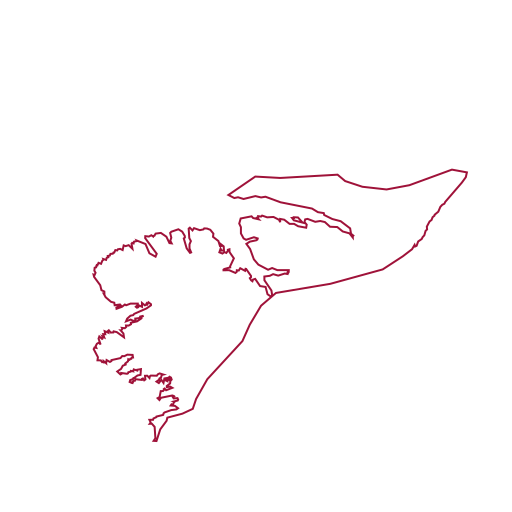 Gamvik nor, Finnmark, Norway, rotated 223°
{"feature_id": "86288312B53598341368845", "entity_name": "Gamvik nor", "entity_type": "district", "adm_level": 2, "iso_a3": "NOR", "parent_name": "Norway", "parent_adm1": "Finnmark", "projection": "albers", "projection_center": [28.071, 70.766], "detail": "fine", "context": "isolated", "style": "outline", "palette": "rose", "viewbox_px": 512, "rotation_deg": 223, "n_neighbors": 0, "source": "geoboundaries", "source_scale": "gbopen_adm2", "svg_char_len": 6013}
<svg xmlns="http://www.w3.org/2000/svg" viewBox="0 0 512 512"><g transform="rotate(223 256 256)"><path d="M158.8,461.0L171.6,452.8L192.1,412.4L205.9,393.7L225.4,379.2L241.9,371.6L251.8,371.1L291.5,329.6L310.7,313.6L317.8,281.8L311.4,283.6L309.2,286.7L304.0,289.2L297.3,299.4L292.2,302.3L289.5,305.8L274.7,312.0L247.4,328.9L240.6,330.3L235.7,333.6L234.1,332.5L225.4,335.1L217.8,339.2L206.0,340.4L201.7,337.1L198.7,337.3L198.7,337.1L199.1,337.0L199.2,336.9L197.8,335.5L203.1,336.3L209.3,333.1L216.3,332.6L221.8,327.9L228.8,327.8L232.9,325.4L236.0,321.4L243.6,318.3L245.0,316.3L243.7,313.9L240.3,313.5L238.6,310.9L245.5,306.5L250.0,305.5L253.4,302.4L260.1,301.8L263.6,299.6L261.4,297.2L263.8,298.2L269.8,296.5L274.2,291.9L279.1,289.7L279.2,288.3L281.6,286.6L280.9,285.9L281.4,284.9L279.0,284.7L284.0,281.8L286.3,282.0L292.8,273.0L290.4,268.3L286.7,266.8L282.4,262.2L277.0,260.4L274.3,261.1L270.3,268.3L266.7,270.0L266.2,269.0L266.5,267.7L270.3,262.3L271.3,258.3L265.1,257.1L255.3,252.1L248.4,251.3L237.8,254.2L236.0,258.2L230.8,260.2L222.4,268.0L221.1,266.5L220.9,265.5L221.4,265.5L221.0,264.9L221.5,264.9L221.1,264.0L223.0,262.8L226.4,256.8L231.1,254.4L232.4,250.9L235.9,246.7L233.3,244.0L221.2,241.3L217.4,238.3L217.4,236.5L221.5,235.9L227.9,239.9L232.5,236.8L241.0,238.7L242.1,236.7L241.4,235.1L243.0,234.9L245.4,235.6L245.2,237.1L246.0,238.0L254.4,239.8L254.9,239.5L253.9,237.7L259.2,236.3L258.7,233.6L260.3,232.5L259.3,231.3L259.5,229.6L266.0,227.3L270.0,223.4L270.5,223.9L270.3,224.9L267.1,230.1L267.9,230.8L270.6,239.2L278.0,240.8L280.0,242.8L280.8,241.4L280.2,241.0L279.8,238.0L281.8,237.3L282.2,234.9L285.3,233.7L286.9,237.2L284.9,236.5L283.2,238.2L286.2,241.0L289.6,240.7L288.1,239.8L289.1,238.7L293.7,241.3L300.5,240.7L302.4,243.3L307.3,244.0L310.5,242.7L312.7,240.9L312.6,239.6L314.7,236.6L320.3,234.1L319.9,231.4L323.7,231.6L323.9,230.1L317.0,223.6L313.8,222.5L312.6,219.2L309.8,216.2L305.9,214.4L306.4,213.3L311.9,214.3L320.8,219.6L320.6,221.0L321.8,222.1L326.6,223.5L331.0,222.6L334.5,216.0L334.5,214.3L330.4,211.6L329.1,208.7L326.3,207.7L328.1,206.4L334.7,209.0L341.3,208.0L344.7,203.9L344.1,201.5L344.8,200.7L344.5,200.1L346.7,199.8L347.6,197.2L350.5,195.0L349.3,193.5L330.1,189.9L329.0,187.0L335.8,185.3L345.0,189.4L353.5,186.1L353.1,186.0L355.0,183.3L354.1,181.7L355.5,181.2L355.4,180.1L351.3,177.0L356.5,177.1L358.1,174.3L360.0,173.5L357.6,169.4L360.2,168.6L361.6,166.7L361.3,165.4L362.9,164.4L362.0,161.8L362.6,161.3L362.3,160.0L363.9,158.3L363.2,156.6L364.4,155.0L363.2,154.3L364.0,153.0L363.0,150.9L365.5,149.7L365.0,149.5L365.2,147.8L364.0,144.6L366.5,143.6L365.9,141.9L366.3,141.1L365.6,140.7L366.0,139.8L365.2,138.7L366.0,137.4L364.2,135.0L361.9,134.3L361.1,132.0L362.1,131.6L360.1,130.3L350.0,128.4L345.7,125.6L342.7,126.6L341.1,125.0L341.7,124.6L337.8,123.3L330.8,123.6L327.8,125.2L325.8,123.6L322.4,127.8L321.3,127.7L323.0,123.1L322.0,122.3L319.4,127.4L318.8,131.1L317.4,131.4L315.3,135.6L310.0,140.6L309.1,139.8L309.3,136.9L307.8,137.0L307.2,138.2L307.5,140.2L304.7,141.1L307.4,143.9L303.6,144.1L303.0,145.4L303.6,146.2L303.7,146.9L302.5,146.7L303.1,148.8L299.9,149.1L299.2,148.3L300.3,143.0L305.6,130.7L305.5,129.0L307.1,126.7L307.5,122.3L306.5,119.6L304.3,124.0L301.2,125.0L300.4,127.0L301.6,127.9L298.3,131.8L299.0,131.9L298.9,132.4L298.9,132.6L298.6,132.8L298.6,133.1L299.0,132.6L299.0,132.1L299.4,132.7L297.5,135.6L298.3,132.3L297.3,132.1L298.4,127.1L302.0,121.8L300.9,120.8L301.7,118.2L303.7,116.5L302.5,115.5L302.7,113.7L305.0,112.0L304.1,111.7L303.8,109.6L304.2,109.3L300.1,108.9L297.1,106.5L305.9,105.4L308.7,103.8L308.2,102.8L310.1,100.9L313.0,101.3L313.2,99.8L311.9,99.1L315.4,97.8L312.9,96.0L314.5,94.6L311.5,93.0L313.2,92.5L312.2,92.2L313.0,91.1L311.2,90.4L315.7,90.3L314.8,88.2L309.3,85.3L311.8,85.6L312.5,83.3L311.8,80.7L310.1,79.9L311.7,78.9L311.2,77.2L302.6,74.2L300.8,71.6L298.3,73.8L295.5,73.3L296.1,73.7L295.0,74.2L295.9,75.2L292.7,75.4L294.4,76.6L293.2,76.4L294.3,78.0L290.6,78.9L290.1,80.5L290.7,81.3L285.5,88.9L285.6,91.6L284.0,92.9L282.8,96.1L278.8,99.5L276.7,97.9L277.6,96.9L277.1,95.8L277.8,95.1L277.7,93.8L279.0,93.4L277.8,91.6L278.3,88.2L277.3,87.7L278.6,84.9L277.7,81.5L278.7,76.9L274.4,76.9L274.0,78.1L274.7,78.6L270.0,81.9L269.6,82.9L270.1,83.9L268.8,85.9L269.2,86.6L267.6,87.6L268.0,87.7L267.4,88.8L268.0,89.7L264.8,91.2L265.3,91.8L263.0,94.8L259.4,90.3L261.2,87.8L261.8,84.5L261.4,84.1L262.4,83.1L262.1,82.0L263.4,79.5L262.5,77.7L260.1,78.5L259.7,78.8L260.5,79.7L260.0,80.2L260.5,81.2L259.5,82.2L260.1,83.7L255.0,87.5L255.6,88.3L255.2,89.3L253.0,88.8L252.7,90.3L255.5,92.7L253.8,94.3L250.7,94.1L251.6,95.7L251.4,96.8L246.9,100.8L247.1,102.6L246.4,104.4L242.9,106.1L243.8,104.7L242.6,102.4L243.1,100.6L242.5,99.3L243.1,96.3L240.4,96.8L240.8,100.9L237.1,100.1L239.5,104.0L237.7,106.3L236.4,104.6L237.9,103.2L235.4,104.0L237.3,105.9L236.7,109.6L236.1,107.6L236.2,105.6L235.0,106.0L234.7,108.8L233.4,108.1L233.4,106.2L231.9,104.2L232.6,100.1L231.8,99.3L229.8,101.9L227.3,102.5L230.2,96.5L232.5,96.7L232.7,95.8L231.9,95.2L231.9,93.8L233.5,92.2L230.3,87.1L231.0,84.9L228.4,84.8L228.8,87.5L222.1,96.9L220.6,97.6L220.2,97.6L220.6,96.1L219.1,95.7L216.5,98.5L215.0,97.9L214.7,96.9L216.7,93.8L216.1,94.1L216.1,92.2L215.5,91.2L215.6,89.9L216.6,89.8L216.4,88.5L213.1,91.1L209.2,91.5L209.6,89.5L212.9,85.5L216.2,79.2L216.3,77.9L215.5,76.5L219.3,70.7L219.0,70.1L220.2,67.3L219.6,66.0L222.2,63.5L219.5,62.4L219.3,60.8L217.8,62.3L213.6,61.9L205.3,54.1L204.8,51.0L202.6,52.8L207.8,63.9L209.0,74.5L210.6,77.3L202.3,90.5L198.0,101.1L202.3,110.6L207.6,132.7L207.9,184.5L213.7,201.5L218.4,223.1L216.2,242.6L182.7,286.3L154.2,332.6L148.4,356.0L146.5,367.4L147.6,372.3L146.1,371.5L145.5,373.0L147.3,377.2L146.4,381.5L147.0,383.4L147.0,385.9L149.1,390.0L149.0,392.1L151.1,394.0L152.6,399.6L152.2,402.1L153.3,404.8L153.0,407.2L153.5,408.0L152.9,412.7L154.7,417.7L154.7,420.5L153.9,422.7L154.5,424.6L155.5,450.0L156.3,456.7L158.8,461.0ZM255.5,308.4L252.7,307.9L244.7,312.2L251.6,312.8L254.8,310.1L254.2,309.6L255.5,308.4Z" fill="none" stroke="#9f1239" stroke-width="2"/></g></svg>